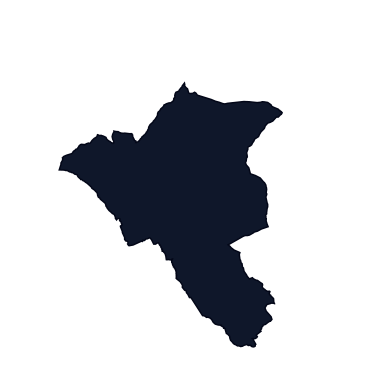 Zetea, Harghita, Romania, rotated 298°
{"feature_id": "2599482B1529970343685", "entity_name": "Zetea", "entity_type": "district", "adm_level": 2, "iso_a3": "ROU", "parent_name": "Romania", "parent_adm1": "Harghita", "projection": "mercator", "projection_center": [25.451, 46.47], "detail": "fine", "context": "isolated", "style": "filled", "palette": "ink", "viewbox_px": 384, "rotation_deg": 298, "n_neighbors": 0, "source": "geoboundaries", "source_scale": "gbopen_adm2", "svg_char_len": 6015}
<svg xmlns="http://www.w3.org/2000/svg" viewBox="0 0 384 384"><g transform="rotate(298 192 192)"><path d="M130.2,313.5L131.0,314.0L132.0,316.0L132.2,317.2L132.4,317.1L132.9,316.1L136.1,314.1L136.8,312.3L136.9,311.1L137.8,309.9L137.7,309.0L138.6,307.8L140.6,307.6L140.8,307.1L139.7,305.1L139.7,303.5L140.1,302.0L140.3,300.1L141.0,298.8L141.9,298.2L143.1,298.0L144.0,297.1L144.2,294.6L144.7,291.4L144.2,289.8L144.2,287.1L144.3,286.5L144.7,285.6L142.2,283.4L143.5,280.3L144.5,278.9L146.4,275.2L149.1,273.0L149.2,272.0L152.3,269.7L152.4,268.7L154.5,266.9L154.9,266.0L159.0,263.1L161.0,262.7L160.5,256.5L161.2,252.6L161.8,251.2L162.3,248.7L176.8,257.9L178.4,259.2L179.6,261.4L180.9,262.9L185.0,265.5L185.8,265.7L188.2,268.2L192.0,270.7L197.1,275.5L198.9,273.4L198.9,273.1L199.5,272.8L201.3,271.0L203.5,270.0L203.7,269.4L205.3,268.6L206.2,267.8L207.8,268.2L208.4,267.7L212.6,266.1L214.4,265.8L216.3,264.8L216.9,264.4L217.2,263.8L222.3,259.5L224.6,259.2L225.4,258.9L226.2,257.8L229.3,256.7L231.0,255.5L231.8,254.5L232.7,254.1L234.2,251.7L234.4,251.2L234.3,250.8L236.4,245.7L236.3,240.2L235.5,235.0L240.0,230.8L241.4,227.2L243.0,225.4L244.8,225.3L247.8,224.1L248.3,224.4L249.1,224.3L249.6,223.7L250.1,223.6L251.9,222.1L252.7,221.7L255.8,221.3L257.3,220.5L257.9,220.4L258.3,220.5L260.2,221.9L261.7,222.5L263.9,222.4L265.8,222.7L268.2,222.5L272.1,224.7L274.6,224.5L277.6,224.7L281.2,225.8L282.3,226.0L285.0,225.6L286.7,226.2L287.6,226.2L288.6,226.7L290.2,228.3L292.6,230.0L297.7,231.3L298.7,233.0L301.6,233.8L302.6,234.4L304.3,234.4L304.7,233.5L304.9,232.9L304.6,232.4L305.2,231.4L305.1,230.8L305.6,229.3L305.1,224.1L305.1,222.2L306.1,220.8L306.6,216.8L305.6,213.8L304.7,211.7L303.4,210.4L301.5,207.5L298.5,200.1L296.2,195.3L287.0,181.8L285.3,179.8L284.9,179.0L284.5,177.5L284.0,173.9L283.1,170.0L282.7,165.5L280.0,151.3L281.1,149.2L281.3,147.5L279.4,146.3L277.9,143.8L277.9,142.6L281.0,139.6L281.4,137.6L282.4,135.5L283.4,135.2L284.6,134.2L281.3,133.6L279.7,133.8L278.9,133.4L276.1,132.9L274.9,133.0L272.5,131.0L270.9,131.0L270.5,131.3L269.5,131.3L267.9,132.3L266.4,132.3L266.1,132.0L265.7,132.4L263.6,132.7L261.0,131.5L260.3,130.8L260.0,130.0L257.6,127.7L256.7,127.5L256.4,127.0L255.5,126.4L255.1,126.7L253.3,126.4L250.7,125.4L248.6,125.4L246.7,124.6L245.1,124.8L243.6,125.5L241.2,125.6L239.9,125.3L239.0,125.4L236.3,124.6L235.6,124.8L231.9,123.4L229.4,123.3L228.6,123.4L228.0,123.9L226.4,123.8L224.3,124.0L223.3,123.6L222.8,123.8L220.0,123.3L219.3,122.7L218.0,122.5L217.3,122.0L215.5,122.0L214.9,121.6L212.4,121.4L211.8,120.9L210.7,120.7L210.0,119.7L209.5,119.6L209.3,119.2L209.9,119.2L210.7,118.4L210.5,117.7L210.6,116.8L211.2,116.3L213.0,113.7L214.4,112.8L214.3,112.5L215.1,111.8L215.0,110.8L214.4,110.1L212.4,105.0L211.6,103.8L210.9,102.2L210.5,101.7L210.7,101.3L210.5,101.1L210.6,98.4L210.2,97.7L210.1,97.2L209.7,96.8L209.5,95.7L209.1,94.5L208.8,94.8L205.7,94.9L203.4,95.5L201.3,97.3L200.0,99.2L198.6,99.9L197.9,99.5L198.0,99.0L197.7,98.0L197.8,96.9L198.1,95.9L198.0,95.3L198.1,93.9L198.5,92.1L199.8,90.4L199.8,89.1L199.7,87.2L199.3,85.6L199.4,85.4L198.2,83.1L198.4,82.5L198.2,81.7L196.5,82.0L195.7,81.9L193.4,80.5L190.7,79.6L187.2,79.2L186.9,78.7L186.6,77.6L184.9,76.0L183.7,75.4L183.3,74.5L183.1,74.6L182.4,72.3L181.5,71.3L179.5,70.6L178.3,70.8L177.9,70.5L176.5,70.6L175.0,69.3L173.7,69.1L173.1,68.6L171.8,68.1L170.9,68.3L169.4,67.8L165.6,64.0L163.2,62.1L162.4,61.8L161.9,61.9L161.3,61.6L161.1,62.0L159.2,62.8L156.1,62.7L156.1,62.9L155.8,63.2L149.2,64.4L151.4,68.9L151.7,70.5L152.4,71.7L152.3,74.3L152.8,76.2L152.7,77.0L153.2,77.9L152.7,79.9L153.2,82.0L153.0,83.0L152.4,83.5L151.8,84.6L151.1,87.5L150.8,87.9L151.3,88.9L150.8,90.7L151.1,91.5L150.6,93.5L150.6,94.7L149.6,99.0L149.3,99.9L149.3,100.5L148.3,101.9L147.9,105.2L147.2,106.9L147.1,107.9L146.1,109.3L144.8,110.2L143.5,111.7L143.3,113.7L142.8,114.2L142.5,115.1L141.4,120.3L140.8,121.3L138.9,123.0L138.8,123.7L138.0,124.6L136.7,127.5L136.0,130.7L135.6,131.7L135.7,133.8L134.0,136.0L132.6,136.9L132.5,137.3L132.0,138.5L132.9,138.5L134.1,139.5L134.4,140.6L134.3,141.2L132.8,141.5L132.6,141.8L132.5,143.3L131.5,143.9L131.1,144.7L130.0,145.7L128.3,144.8L127.7,145.2L124.7,148.8L123.4,149.7L120.2,153.9L118.6,154.7L117.7,156.3L118.0,157.3L118.0,158.5L116.8,159.8L115.9,159.5L115.1,160.9L115.0,161.6L117.6,164.9L124.9,170.5L125.0,171.4L125.4,171.6L126.4,171.3L126.9,172.8L129.1,173.5L129.8,174.7L131.8,176.0L131.0,178.5L128.0,182.7L128.9,184.3L130.8,185.4L131.4,186.3L130.1,188.1L130.2,188.6L129.8,188.7L129.3,190.2L128.5,190.6L127.7,192.3L127.3,192.3L127.4,192.8L125.9,193.2L125.7,193.6L126.2,194.4L125.7,195.2L125.0,197.1L123.0,199.1L120.2,201.1L120.5,201.9L121.0,202.1L122.1,205.3L123.6,206.0L123.7,206.3L121.9,206.3L120.3,207.2L119.5,208.6L118.9,208.8L118.5,209.5L118.1,209.7L117.8,210.6L117.2,210.8L117.2,211.7L116.7,212.0L116.4,213.2L116.0,213.3L115.9,213.9L115.5,214.0L114.5,215.2L114.1,215.3L113.9,215.7L113.5,216.1L112.9,216.0L111.5,217.3L111.2,217.1L110.8,217.6L110.3,217.6L109.9,218.0L108.4,218.5L108.1,219.3L107.2,224.1L106.8,224.4L106.2,225.8L105.1,227.4L103.3,228.2L101.9,231.4L101.8,232.0L102.0,232.7L101.7,233.5L100.5,234.4L99.7,236.4L97.6,239.3L97.9,240.0L98.4,240.5L87.8,259.4L88.4,260.8L88.4,262.1L88.1,263.6L89.0,265.0L89.2,267.3L88.6,269.3L87.0,271.8L86.4,273.9L86.3,274.7L86.9,277.6L88.1,280.3L87.6,280.3L87.3,283.9L86.6,284.0L86.9,285.2L83.2,288.8L83.3,290.0L82.3,292.9L80.8,294.0L79.2,295.7L78.3,298.4L77.8,299.3L77.7,300.3L77.4,300.8L77.7,302.2L77.5,303.5L77.6,304.8L78.2,305.5L78.4,307.5L79.5,308.9L81.2,310.0L83.2,312.1L83.1,312.4L83.3,312.8L83.0,313.0L82.9,313.7L83.4,314.5L84.1,314.9L83.8,315.8L84.2,316.7L83.6,317.1L83.9,318.6L84.4,319.4L85.4,320.1L85.8,320.1L86.7,319.5L87.5,319.8L90.2,315.6L90.9,314.0L91.5,314.7L91.5,315.2L91.9,316.3L93.7,317.5L95.0,317.6L95.8,315.9L96.1,315.9L101.4,318.3L101.9,317.3L103.9,317.6L105.1,317.0L106.8,317.5L108.0,317.4L109.6,319.0L112.6,320.3L114.5,321.4L114.7,321.9L117.0,322.4L119.0,320.4L121.6,313.5L123.9,310.8L127.9,311.0L130.2,313.5Z" fill="#0f172a" stroke="#020617" stroke-width="1.5"/></g></svg>